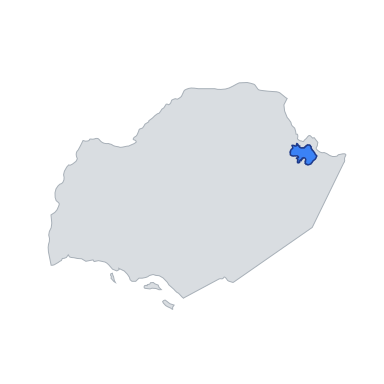 location of Biharamulo, Geita, United Republic of Tanzania, rotated 116°
{"feature_id": "72390352B49618457772181", "entity_name": "Biharamulo", "entity_type": "district", "adm_level": 2, "iso_a3": "TZA", "parent_name": "United Republic of Tanzania", "parent_adm1": "Geita", "projection": "mercator", "projection_center": [31.336, -2.772], "detail": "fine", "context": "in_parent", "style": "filled", "palette": "blue", "viewbox_px": 384, "rotation_deg": 116, "n_neighbors": 0, "source": "geoboundaries", "source_scale": "gbopen_adm2", "svg_char_len": 7524}
<svg xmlns="http://www.w3.org/2000/svg" viewBox="0 0 384 384"><g transform="rotate(116 192 192)"><path d="M146.8,262.0L143.0,260.0L139.6,258.8L136.9,257.4L135.6,256.1L133.0,255.6L130.8,255.4L128.7,254.2L124.4,253.7L123.9,252.9L123.8,251.2L123.1,250.7L121.5,250.2L119.9,250.3L118.8,250.5L118.2,250.4L116.8,249.3L115.5,248.0L115.0,245.8L113.1,244.5L110.8,243.4L104.5,243.5L103.6,243.2L102.1,242.1L100.3,240.3L98.9,238.3L97.7,235.5L96.4,231.7L89.2,216.9L88.5,214.0L87.1,210.9L84.8,207.1L82.3,204.3L79.0,201.7L75.3,199.1L73.2,197.4L69.4,190.4L68.6,187.1L68.0,183.7L68.2,182.4L70.6,178.0L70.9,176.8L70.6,175.1L69.4,171.6L67.9,167.4L64.8,159.8L64.4,157.8L64.4,156.4L66.2,148.6L66.2,147.5L73.4,147.6L78.7,144.2L83.3,139.1L84.2,137.0L86.0,133.7L87.9,132.1L88.6,131.0L89.6,127.7L92.0,125.5L94.4,123.8L93.9,122.6L94.2,122.2L95.5,121.3L98.0,120.5L98.5,118.8L98.5,116.9L98.1,115.8L98.1,114.6L97.8,113.9L96.1,113.7L93.7,112.7L91.7,112.3L90.3,111.8L89.8,111.3L89.6,110.2L90.7,107.2L89.6,106.0L92.1,101.0L92.6,100.4L93.5,100.4L94.9,99.8L96.3,99.6L97.4,99.8L98.2,99.6L98.9,99.0L99.5,97.4L100.0,94.6L99.7,92.3L98.6,90.5L98.4,87.8L98.8,84.2L98.5,81.3L97.3,78.9L96.2,77.4L94.4,76.8L91.5,73.1L90.7,71.4L90.8,70.3L91.8,69.8L93.6,69.9L95.3,69.5L96.9,68.5L98.4,68.2L99.2,68.4L171.1,68.4L255.0,115.2L255.4,115.8L256.0,119.9L255.9,121.2L254.6,123.5L254.2,124.8L254.2,125.6L254.5,125.9L255.6,126.1L256.6,126.6L256.9,127.0L257.6,128.8L258.5,129.7L290.4,152.7L291.2,153.1L290.7,155.0L288.9,159.7L288.8,161.6L288.1,163.9L287.4,165.5L285.6,172.1L284.0,174.5L281.9,180.3L281.6,184.8L282.8,187.9L283.2,190.8L285.7,193.6L287.6,194.7L289.0,196.0L291.3,199.0L292.7,201.9L296.9,203.4L298.6,206.8L298.0,209.1L296.0,211.0L294.2,214.1L292.7,218.2L292.7,224.4L293.7,223.5L295.9,225.0L296.2,229.6L293.9,235.0L293.2,237.5L293.1,239.6L294.7,246.0L297.3,249.3L297.1,250.3L296.4,251.2L300.8,257.0L300.4,262.0L302.0,265.9L302.8,269.3L303.8,271.9L304.0,273.7L302.7,275.7L305.9,276.2L307.7,277.9L308.6,279.4L310.9,279.4L312.2,280.4L313.9,281.3L317.9,284.0L319.0,285.3L319.6,286.5L308.7,294.8L304.8,297.0L302.0,298.0L299.0,298.5L296.1,299.8L293.5,301.9L290.0,302.9L285.8,302.9L281.4,304.4L274.4,308.7L270.4,306.3L267.2,305.5L263.6,305.6L261.3,305.9L260.5,306.4L259.9,307.9L259.3,310.3L256.9,312.6L252.7,314.8L248.8,315.6L245.3,315.1L242.9,314.2L241.6,312.9L239.8,312.3L237.3,312.4L235.0,313.3L232.8,315.0L229.2,315.8L224.4,315.5L221.7,314.7L221.4,313.3L219.2,311.6L215.3,309.7L212.4,309.6L210.6,311.5L208.9,312.6L207.4,313.1L206.0,313.2L204.0,312.7L198.6,312.5L193.5,312.5L193.0,309.9L191.9,308.2L191.0,307.2L189.3,307.0L188.8,306.3L188.2,304.6L187.3,303.2L186.1,302.0L185.5,300.9L185.2,299.9L185.4,298.8L186.5,296.1L186.8,294.2L186.7,292.3L186.1,290.3L184.9,288.0L185.0,287.3L184.6,285.7L184.6,284.6L184.8,283.2L184.6,281.3L183.5,277.4L183.5,276.4L182.4,274.5L179.0,270.1L178.9,269.5L173.6,265.0L171.4,264.0L170.7,264.8L170.4,265.6L170.6,267.1L170.5,267.8L170.2,268.1L169.0,268.1L168.2,267.9L166.2,266.7L164.6,266.4L160.7,266.6L159.3,266.9L158.3,266.6L156.2,264.5L153.8,264.1L151.6,264.0L148.0,261.7L146.8,262.0ZM297.5,187.2L299.2,192.1L299.0,193.0L297.8,193.6L297.1,193.6L296.3,192.8L295.8,191.2L294.9,191.6L293.3,189.6L291.7,189.5L290.3,187.1L290.8,185.1L290.5,181.6L292.2,179.8L293.2,176.8L294.3,178.8L294.5,182.0L296.0,185.8L297.5,187.2ZM305.9,158.0L306.0,159.1L305.7,160.2L305.8,163.7L305.6,166.0L304.3,169.2L303.3,170.4L302.3,170.0L301.5,169.5L300.9,168.6L302.1,162.8L301.5,158.5L304.0,158.9L305.9,158.0ZM302.4,228.8L301.1,229.1L300.7,228.8L299.9,227.9L301.2,227.0L302.5,225.4L305.5,223.1L306.9,221.2L306.7,223.0L305.0,227.0L303.5,227.3L302.4,228.8Z" fill="#d9dde1" stroke="#a8b0b8" stroke-width="1"/><path d="M115.6,118.9L115.7,118.3L115.6,118.2L115.5,117.9L115.5,117.7L115.5,117.3L115.4,117.2L115.3,116.7L115.1,116.4L114.6,115.7L114.4,115.1L114.2,114.9L114.1,114.6L113.9,114.2L113.6,113.8L113.4,113.4L113.4,113.2L113.4,112.8L113.5,112.5L113.7,112.4L113.7,111.9L114.0,111.7L114.3,111.5L114.7,111.9L114.9,112.1L115.1,112.2L115.3,112.3L115.4,112.6L115.5,112.8L115.9,112.9L116.0,112.8L115.9,112.6L115.9,112.2L116.0,112.0L116.1,111.6L116.4,111.3L116.4,111.1L116.5,111.0L117.0,110.9L117.3,110.8L117.5,110.7L117.8,110.7L118.0,110.8L118.2,110.7L118.8,110.1L119.1,110.0L119.3,110.0L119.3,109.7L119.3,109.3L119.1,109.2L118.8,108.9L118.7,108.9L118.5,108.7L118.4,108.7L118.3,108.3L118.2,108.3L118.0,108.5L117.9,108.7L117.5,108.6L117.0,108.6L116.9,108.6L116.9,108.8L116.7,108.8L116.2,108.8L116.0,108.7L115.7,108.6L115.4,108.4L115.4,107.9L115.5,107.9L115.8,107.9L115.9,107.7L115.4,107.6L115.2,107.6L114.7,107.9L114.3,107.8L114.3,107.6L114.2,107.6L114.2,107.4L113.9,107.3L113.7,107.6L113.5,107.8L113.4,107.8L113.3,107.6L113.1,107.6L113.1,107.3L113.0,107.1L113.0,106.9L112.9,106.9L112.7,106.9L112.3,106.7L112.1,106.5L112.1,106.2L112.0,105.8L112.0,105.6L112.1,105.2L112.4,104.6L112.6,104.4L112.8,104.2L113.2,103.8L113.3,103.8L113.7,103.9L113.8,103.9L114.1,103.8L114.2,103.6L114.6,103.4L114.8,103.5L115.0,103.7L115.3,103.6L115.5,103.2L115.8,103.1L116.1,103.0L116.3,103.0L116.5,103.0L116.5,102.8L116.5,102.6L116.6,102.3L116.7,102.1L116.7,101.9L116.8,101.7L117.2,101.6L117.2,101.4L116.9,101.1L116.8,100.9L116.7,100.7L116.8,100.2L116.9,99.8L116.7,99.5L115.1,97.9L114.6,97.4L114.2,97.4L114.3,97.4L113.9,97.4L113.6,97.4L113.4,97.2L113.2,97.2L112.9,97.0L112.6,97.1L111.7,96.9L111.3,96.9L111.1,96.9L110.8,96.7L110.7,96.7L108.4,95.6L107.9,95.6L107.6,95.5L107.4,95.5L107.2,95.5L106.4,95.6L106.2,95.6L104.9,95.6L104.8,95.8L104.7,96.0L104.5,96.5L104.3,97.1L104.3,97.3L103.7,98.2L103.5,98.5L103.3,98.7L102.9,99.2L102.8,99.4L102.6,99.9L102.5,100.2L102.3,100.5L102.2,100.7L102.2,100.8L102.2,100.6L102.0,100.9L102.0,101.1L101.9,101.3L101.8,101.5L101.8,101.8L101.7,101.9L101.6,102.2L101.4,102.3L101.2,102.7L101.3,102.8L101.2,102.9L101.0,103.0L100.9,103.2L100.8,103.4L100.8,103.5L100.6,103.8L100.5,104.0L100.4,104.2L100.2,104.3L99.8,104.4L99.6,104.5L99.4,104.6L99.2,104.6L99.1,104.9L99.1,105.1L99.0,105.5L98.9,105.6L98.7,105.9L98.4,106.0L98.4,106.3L98.3,106.6L98.2,106.8L98.3,107.0L98.5,107.1L98.6,107.3L98.5,107.6L98.6,107.8L98.7,108.1L98.9,108.3L99.2,108.6L99.1,108.8L99.7,109.0L99.8,109.2L99.9,109.5L100.2,109.6L100.4,109.7L100.6,109.8L100.8,109.8L101.1,109.6L101.4,109.7L101.7,109.9L101.7,110.0L101.8,110.2L101.9,110.3L102.2,110.4L102.3,110.4L102.5,110.4L102.8,110.3L103.0,110.3L103.1,110.5L103.4,110.8L103.4,111.2L103.5,111.2L103.7,111.4L103.7,111.5L103.8,111.7L103.9,112.1L103.9,112.3L104.0,112.5L104.3,112.5L104.4,112.8L104.5,113.2L104.6,113.4L104.6,113.5L104.6,113.8L104.6,114.0L104.4,114.2L104.4,114.3L104.4,114.5L104.4,114.8L104.5,114.9L104.4,115.0L104.2,115.2L104.2,115.3L104.0,115.5L103.9,115.7L104.0,115.8L103.9,115.9L103.7,116.1L103.7,116.3L103.6,116.2L103.6,116.3L103.6,116.5L103.4,116.8L103.2,117.1L103.0,117.8L102.9,118.0L102.7,118.0L102.5,118.3L102.5,118.6L102.8,118.6L103.1,118.7L103.1,118.8L103.0,119.0L103.4,119.0L103.5,118.9L103.5,118.7L103.7,118.4L103.8,118.5L103.9,118.4L104.3,118.4L104.6,118.4L104.8,118.5L105.0,118.7L105.1,118.9L105.3,119.1L105.5,119.4L105.6,119.5L105.5,119.9L105.4,119.9L105.5,120.5L105.5,120.9L105.8,121.5L105.9,122.0L106.0,122.1L106.2,122.4L106.3,122.5L107.8,121.0L108.3,120.8L108.5,120.7L108.8,120.7L109.0,120.8L109.4,121.0L109.6,121.2L110.0,121.4L110.4,121.5L111.2,121.5L112.0,121.5L112.0,121.4L112.6,121.1L112.8,121.0L113.2,121.2L113.3,121.3L113.4,121.2L113.8,120.8L114.0,120.7L114.6,120.4L114.9,120.1L115.1,120.0L115.3,120.0L115.5,119.8L115.5,119.7L115.6,119.3L115.6,119.2L115.6,118.9Z" fill="#3b82f6" stroke="#1e3a8a" stroke-width="1.5"/></g></svg>